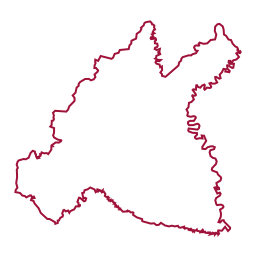 Likolobeng, Maseru, Lesotho (Robinson projection)
{"feature_id": "5366337B98429078950414", "entity_name": "Likolobeng", "entity_type": "district", "adm_level": 2, "iso_a3": "LSO", "parent_name": "Lesotho", "parent_adm1": "Maseru", "projection": "robinson", "projection_center": [27.995, -29.48], "detail": "fine", "context": "isolated", "style": "outline", "palette": "rose", "viewbox_px": 256, "rotation_deg": 0, "n_neighbors": 0, "source": "geoboundaries", "source_scale": "gbopen_adm2", "svg_char_len": 5800}
<svg xmlns="http://www.w3.org/2000/svg" viewBox="0 0 256 256"><path d="M219.1,233.5L218.0,231.3L218.3,230.4L221.9,230.7L225.1,226.8L228.0,231.0L230.0,228.9L230.1,227.6L224.2,221.7L223.6,220.2L222.0,220.4L220.1,222.5L218.5,222.1L220.8,216.7L221.0,213.6L220.0,209.6L222.6,208.1L223.5,206.8L222.9,205.5L221.0,204.6L217.1,205.1L216.2,203.9L215.3,200.3L216.2,198.0L219.9,195.5L220.6,193.8L219.8,192.6L217.3,193.5L214.4,187.6L215.3,187.3L217.5,189.4L219.1,189.1L219.1,188.1L217.1,186.3L216.4,183.0L220.4,180.6L221.2,178.3L220.8,177.1L218.0,174.6L217.1,172.3L212.4,170.6L211.8,169.7L212.1,168.1L215.9,164.1L216.7,161.3L215.4,158.5L212.9,157.9L210.6,156.1L209.6,152.3L210.3,150.3L214.1,149.1L214.8,147.2L212.8,146.3L210.5,146.4L207.7,147.2L205.5,149.1L202.4,148.8L202.3,146.9L206.2,140.9L204.0,135.7L201.7,135.5L202.5,138.5L199.8,138.2L196.6,138.9L195.3,138.3L194.9,136.9L197.1,134.6L196.9,133.0L192.5,132.8L188.8,131.4L188.2,130.2L188.7,128.5L197.5,129.6L198.9,128.2L199.5,125.7L198.8,124.4L197.4,123.7L193.2,125.1L189.0,125.2L187.9,123.5L188.2,121.8L190.0,120.9L193.9,120.9L195.8,117.9L195.5,116.8L193.9,116.1L190.7,116.8L187.8,116.1L187.3,115.5L188.0,112.4L186.5,109.5L188.4,107.4L189.0,102.8L191.4,102.0L193.9,99.4L192.2,95.9L192.5,95.3L194.4,95.8L195.8,95.3L195.9,94.4L192.7,90.0L193.3,89.3L196.0,89.7L196.2,85.4L197.0,85.2L198.1,87.0L200.3,87.7L202.1,85.5L204.4,84.6L204.8,85.3L204.1,88.9L204.8,89.7L207.0,87.6L209.9,88.0L211.0,87.4L211.2,86.4L209.5,83.4L211.1,82.8L212.2,83.6L214.9,83.6L217.2,82.5L215.5,79.2L215.2,77.1L216.1,76.9L219.3,78.7L220.6,78.2L219.7,74.6L221.9,72.3L223.5,68.9L225.8,69.2L225.3,71.5L229.3,72.2L229.7,71.0L227.5,68.8L227.1,65.4L227.9,65.2L232.2,68.0L233.3,67.7L233.9,63.8L229.8,63.9L228.6,62.5L228.8,60.9L230.5,60.9L231.0,62.7L231.8,63.0L233.3,60.3L236.2,59.6L239.0,57.0L236.3,53.4L237.3,52.5L239.9,53.1L240.6,52.4L240.3,51.2L238.5,51.7L238.4,50.5L237.4,49.9L238.0,49.0L237.2,47.4L235.1,46.3L232.6,43.6L231.1,40.1L228.5,39.5L226.1,35.8L224.0,34.5L223.6,29.4L222.7,26.4L219.5,23.9L217.4,24.3L215.2,26.6L214.8,31.0L216.3,34.7L215.1,39.4L210.7,40.0L207.2,43.4L203.5,43.8L199.6,42.6L198.6,43.9L199.3,45.1L198.8,45.7L196.1,45.4L194.7,46.0L194.1,47.5L195.5,50.5L197.5,50.8L196.0,53.2L192.5,54.2L191.1,55.4L188.7,55.3L182.8,57.1L181.4,58.5L181.1,60.6L179.2,62.3L178.5,65.5L165.5,76.8L162.1,75.9L162.0,74.2L160.4,72.5L162.1,70.1L161.9,66.4L160.2,67.3L159.6,64.6L156.4,63.6L155.5,62.4L156.1,60.9L159.3,61.2L160.7,60.0L157.9,59.8L155.3,58.6L156.0,58.2L156.4,55.9L160.2,54.2L159.8,53.1L158.4,53.0L158.2,52.1L159.4,51.5L159.9,48.9L156.8,50.0L154.7,49.0L155.1,47.7L157.1,47.0L157.7,45.9L157.3,43.7L154.9,43.3L154.8,41.2L156.0,40.2L156.0,39.3L155.1,38.6L151.1,39.1L150.6,38.3L151.1,37.2L153.6,37.2L152.6,36.6L152.8,35.3L151.9,34.3L154.3,33.3L152.7,32.2L153.9,29.9L155.0,29.5L154.0,27.3L154.4,25.8L153.4,24.6L152.1,24.4L151.5,22.7L150.0,21.4L145.5,22.3L144.4,23.2L143.6,25.5L141.0,27.7L141.4,28.8L140.1,31.5L136.7,33.8L136.1,38.6L131.5,40.7L131.2,43.6L129.5,45.4L128.7,49.1L119.8,50.0L118.6,52.8L114.6,53.9L113.1,57.7L111.5,58.8L100.7,56.0L98.1,60.9L95.3,59.7L95.2,62.4L95.6,63.1L94.6,65.4L94.4,68.0L96.0,68.0L98.1,70.4L97.6,71.7L94.5,74.5L95.4,77.0L93.8,79.3L91.0,80.3L88.8,78.9L85.1,79.0L80.1,82.0L78.6,84.0L78.7,85.7L76.6,87.6L75.5,92.7L72.7,95.4L74.6,98.0L74.5,101.0L69.2,106.4L68.1,109.6L66.3,111.6L55.1,110.8L53.0,112.8L53.9,115.3L53.4,117.7L54.0,118.9L53.3,120.5L51.8,120.8L51.6,125.0L50.3,126.6L54.1,128.1L54.0,132.9L53.1,135.4L54.1,137.5L58.0,139.7L61.0,140.2L61.3,140.6L60.7,141.5L58.8,142.6L55.8,142.4L51.9,145.1L52.7,146.2L51.4,146.2L51.3,149.7L48.2,154.1L46.8,153.1L43.9,153.3L41.6,152.4L40.9,154.5L40.2,154.3L40.4,155.9L38.4,156.7L39.2,157.9L37.2,158.4L36.0,156.2L35.9,154.2L35.1,153.7L34.9,151.6L32.7,150.8L30.5,153.1L28.7,157.7L25.7,159.3L23.7,159.0L19.0,160.3L17.7,161.5L16.7,164.6L17.8,167.9L16.8,169.5L17.1,177.1L16.2,183.1L17.4,187.7L15.7,190.0L15.4,192.1L20.1,193.0L22.4,195.6L24.8,196.0L26.3,197.4L30.0,195.4L31.0,195.4L31.7,196.9L33.9,196.6L34.5,198.0L31.6,198.5L31.0,200.1L33.6,201.1L34.6,203.5L38.6,208.2L40.8,213.0L47.4,219.0L49.6,219.0L55.0,222.2L55.3,223.8L57.8,222.9L57.7,220.6L59.0,220.4L60.3,217.8L62.6,216.6L63.0,215.2L62.2,213.3L63.5,210.1L64.2,209.9L65.7,211.4L68.0,210.5L69.3,212.8L70.1,211.3L74.2,209.3L75.9,206.4L79.2,206.4L80.0,205.7L79.9,205.0L78.5,205.0L78.5,202.9L77.4,201.8L79.0,197.7L80.1,197.9L84.0,201.3L85.3,200.9L86.2,198.4L85.0,197.8L83.4,198.4L82.2,193.1L83.9,192.7L84.6,190.2L87.5,189.4L90.3,187.5L94.6,189.5L95.7,192.2L97.0,191.2L97.3,189.4L98.7,189.8L98.6,191.2L99.9,190.2L101.0,191.4L102.6,190.2L102.2,192.2L103.8,191.6L105.4,194.0L104.8,195.9L106.2,196.9L108.0,196.8L107.8,197.6L108.7,197.9L107.7,198.9L108.4,199.2L108.7,200.6L109.9,200.7L109.5,200.3L110.7,199.7L110.7,201.1L112.6,200.3L112.9,201.9L114.9,202.9L114.1,203.7L115.1,203.8L115.3,206.3L116.3,205.6L116.6,206.7L118.1,206.3L118.3,206.9L117.5,207.3L120.0,208.4L119.3,209.4L120.8,209.5L122.9,211.7L126.2,211.5L127.4,210.7L127.6,211.4L129.0,211.0L130.7,212.4L132.8,212.3L133.4,212.8L133.1,214.9L137.1,217.5L142.1,219.1L142.2,221.0L142.9,221.4L150.8,223.6L154.1,223.3L156.4,225.1L158.9,224.8L160.9,222.8L165.1,225.5L169.1,226.4L171.6,225.7L175.0,226.4L177.9,225.8L178.8,227.3L180.5,227.7L184.0,226.7L183.8,227.9L184.8,228.7L185.3,228.0L187.1,228.3L188.7,228.9L188.7,229.5L190.9,228.7L191.4,229.2L190.4,230.2L192.1,230.4L192.8,231.5L193.4,230.3L193.0,229.4L194.4,231.6L195.1,230.3L196.3,230.4L196.9,229.6L197.4,230.9L199.7,231.3L200.1,232.3L201.5,230.9L201.3,232.1L202.9,232.2L203.3,230.9L203.9,232.1L205.2,231.8L205.5,232.8L207.7,233.0L208.1,232.4L208.9,233.1L209.9,232.4L210.4,233.3L211.7,233.2L210.6,234.3L212.2,233.9L212.8,232.9L213.5,233.7L214.9,233.1L214.9,234.6L216.4,233.0L217.5,233.9L218.3,233.3L218.4,234.4L219.1,233.5Z" fill="none" stroke="#9f1239" stroke-width="2"/></svg>